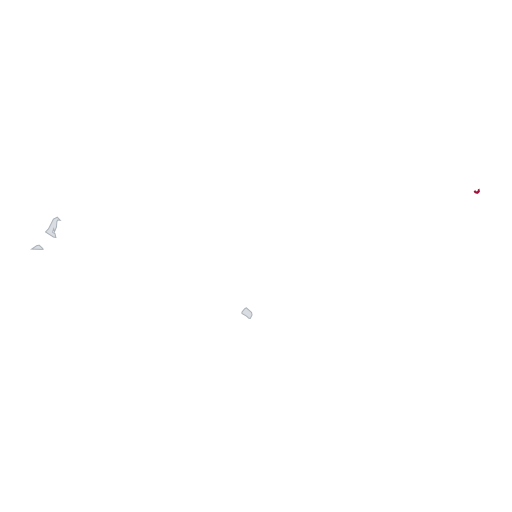 Niuafo'ou, Tonga (highlighted), rotated 89°
{"feature_id": "48082658B75580171821310", "entity_name": "Niuafo'ou", "entity_type": "district", "adm_level": 2, "iso_a3": "TON", "parent_name": "Tonga", "parent_adm1": "", "projection": "orthographic", "projection_center": [-175.613, -15.598], "detail": "fine", "context": "in_parent", "style": "filled", "palette": "rose", "viewbox_px": 512, "rotation_deg": 89, "n_neighbors": 0, "source": "geoboundaries", "source_scale": "gbopen_adm2", "svg_char_len": 1091}
<svg xmlns="http://www.w3.org/2000/svg" viewBox="0 0 512 512"><g transform="rotate(89 256 256)"><path d="M228.0,458.8L229.0,458.8L230.1,456.6L234.0,455.8L233.5,458.2L228.3,466.0L225.1,462.9L215.6,457.9L213.7,454.0L216.9,451.1L216.6,453.5L218.1,454.5L223.5,455.0L228.3,457.1L225.3,457.8L228.0,458.8ZM315.9,266.6L313.2,271.1L311.8,271.0L308.7,268.4L307.6,266.6L312.4,261.4L314.9,261.0L318.3,262.8L318.1,264.3L315.9,266.6ZM245.7,468.8L245.2,480.2L241.8,475.0L241.4,472.6L244.9,469.0L245.7,468.8Z" fill="#d9dde1" stroke="#a8b0b8" stroke-width="1"/><path d="M196.1,35.9L196.3,35.6L196.4,35.4L196.5,35.3L196.5,35.2L196.6,34.9L196.6,34.7L196.7,34.4L196.8,34.2L196.7,34.2L196.8,34.1L196.7,33.7L196.7,33.2L196.5,32.9L196.4,32.7L196.2,32.5L195.9,32.3L195.6,32.0L195.4,31.9L195.2,31.8L195.0,32.2L194.7,32.1L194.4,32.0L194.2,32.0L193.8,32.1L193.7,32.1L193.8,32.3L194.1,32.3L194.4,32.4L194.7,32.4L195.0,32.5L195.3,32.9L195.6,33.2L195.8,33.5L195.9,33.9L196.0,33.9L196.1,34.5L195.8,35.3L195.6,35.7L195.1,35.9L195.5,36.3L195.8,36.1L196.1,35.9Z" fill="#f43f5e" stroke="#9f1239" stroke-width="1.5"/></g></svg>